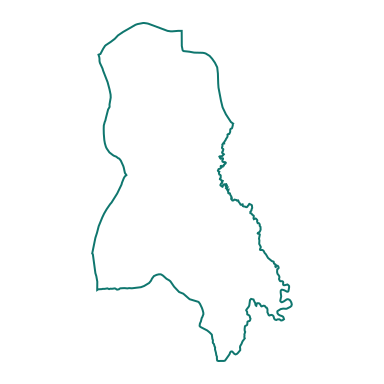 outline of Pathoomphone, Champasak, Laos
{"feature_id": "54806243B32788033784925", "entity_name": "Pathoomphone", "entity_type": "district", "adm_level": 2, "iso_a3": "LAO", "parent_name": "Laos", "parent_adm1": "Champasak", "projection": "robinson", "projection_center": [106.187, 14.724], "detail": "fine", "context": "isolated", "style": "outline", "palette": "teal", "viewbox_px": 384, "rotation_deg": 0, "n_neighbors": 0, "source": "geoboundaries", "source_scale": "gbopen_adm2", "svg_char_len": 6063}
<svg xmlns="http://www.w3.org/2000/svg" viewBox="0 0 384 384"><path d="M98.5,54.7L99.3,57.3L99.5,59.0L99.5,61.0L99.9,62.9L102.5,68.5L103.1,70.6L107.6,82.2L109.5,89.3L110.6,94.7L110.7,97.6L109.5,104.5L109.6,106.9L108.1,109.5L105.9,118.1L105.4,120.4L104.7,122.1L103.8,125.5L103.7,128.8L103.8,133.8L104.3,140.0L104.9,143.4L105.9,146.8L106.7,148.5L109.4,152.4L113.0,155.2L114.0,155.8L116.3,156.7L118.0,158.1L119.2,158.6L120.8,160.6L123.3,166.1L123.8,167.8L124.9,172.9L126.4,175.1L124.8,176.5L123.8,178.2L122.0,182.7L121.5,184.6L117.2,193.5L111.5,202.6L110.1,204.2L106.6,209.3L104.1,213.6L102.3,217.4L98.7,226.2L97.0,232.8L95.4,237.8L92.2,253.5L92.7,254.0L92.9,254.6L95.4,273.2L96.3,276.1L97.3,281.7L97.2,290.0L98.3,289.3L101.8,289.1L102.6,288.9L104.5,288.9L107.4,288.4L109.1,289.1L110.3,288.7L112.0,288.8L114.7,288.4L115.5,288.6L116.7,289.5L117.3,289.6L118.9,289.3L119.7,288.6L120.6,288.3L124.6,288.1L127.3,288.4L129.2,288.1L131.8,288.3L140.9,287.2L144.1,286.0L149.1,283.0L151.0,280.7L152.0,278.6L153.9,276.1L156.5,274.9L158.9,274.3L160.5,274.3L161.4,274.6L163.1,275.7L166.5,278.8L169.0,280.2L170.4,281.3L174.1,286.7L179.1,292.0L183.3,293.7L189.6,299.2L198.2,301.8L198.7,302.1L200.0,303.9L201.9,307.9L202.6,309.9L203.3,312.6L203.4,314.2L202.3,317.1L201.7,318.1L200.9,321.4L199.9,323.6L199.6,325.9L200.3,326.8L201.1,327.3L207.1,330.4L209.6,332.4L211.8,334.6L212.4,338.9L212.9,340.1L212.8,342.5L213.1,343.2L213.9,344.0L214.6,346.6L215.1,347.3L215.0,349.4L215.9,352.6L216.3,355.2L216.9,356.6L216.9,358.8L217.2,360.5L218.2,361.0L224.1,360.9L225.1,360.5L229.5,354.3L230.1,352.6L230.7,351.7L231.9,351.4L232.7,352.0L234.4,353.9L235.6,354.4L236.7,354.0L237.7,353.2L240.2,350.2L240.2,348.7L240.0,347.3L240.2,346.1L241.5,343.9L242.5,341.4L244.8,338.3L244.3,337.1L244.5,335.7L244.4,334.3L245.2,331.9L244.7,330.8L244.6,329.2L244.9,326.6L245.1,326.1L246.9,325.1L247.2,324.7L247.5,321.8L248.1,321.3L249.5,321.0L250.1,320.2L250.5,318.6L250.0,317.6L249.8,316.3L249.2,315.4L247.3,314.4L247.1,311.8L246.2,310.3L246.4,309.7L248.8,306.6L249.3,305.4L250.0,300.1L251.1,298.9L253.5,299.5L254.4,301.7L255.1,302.8L255.5,304.9L255.9,305.6L256.3,305.8L256.7,304.0L257.1,303.3L257.7,303.2L259.0,303.3L259.9,304.0L261.2,306.2L261.6,306.4L263.5,305.7L264.7,305.9L266.1,307.6L266.7,307.7L267.3,308.8L267.5,310.1L267.4,312.2L268.7,315.1L269.3,315.5L271.2,314.9L272.5,315.2L273.5,316.2L274.2,318.7L275.2,319.7L276.3,320.0L277.5,319.4L279.4,319.3L281.1,320.5L282.6,320.2L284.0,319.2L283.4,317.3L283.0,316.7L282.0,316.1L279.7,315.3L278.4,314.5L277.5,313.3L277.3,311.9L277.4,311.3L277.8,310.9L280.7,309.1L283.2,308.6L286.1,308.8L286.9,308.6L290.3,306.9L291.4,305.9L291.8,304.4L291.3,302.4L290.1,300.3L288.7,299.4L287.7,299.2L286.7,299.4L283.8,301.4L282.3,302.1L281.6,302.2L280.9,301.8L280.3,301.0L280.3,300.4L281.2,296.4L280.7,292.7L280.7,291.0L280.9,290.4L281.8,289.7L282.7,289.8L284.4,290.3L286.8,291.6L287.8,291.7L288.3,291.3L288.5,290.7L289.1,287.5L289.1,286.1L288.6,285.4L287.5,284.5L284.6,285.2L283.5,285.1L283.1,284.4L283.2,282.2L282.9,281.6L282.1,281.2L280.4,281.2L279.8,280.8L279.0,279.0L279.4,277.5L279.3,276.4L278.7,275.3L277.5,273.8L277.1,272.1L277.2,269.6L278.6,268.1L278.6,267.3L278.3,266.6L277.7,265.8L276.7,265.6L276.2,266.0L275.8,267.1L275.6,267.0L275.3,266.3L275.6,264.6L274.0,263.5L273.6,261.7L271.7,261.0L268.0,257.9L265.9,254.3L264.6,252.9L263.5,250.7L262.4,250.0L260.4,250.0L260.0,249.7L260.1,248.9L260.7,247.6L260.7,246.7L259.2,243.9L259.4,240.4L259.0,238.7L259.8,234.6L259.7,234.3L258.8,233.8L258.0,233.7L257.7,233.4L257.9,232.9L259.5,232.0L260.2,230.8L260.6,229.6L260.5,226.9L259.7,225.8L259.7,224.4L259.2,223.5L258.6,223.1L257.8,223.2L257.5,222.8L257.1,221.4L257.3,220.4L257.1,219.9L256.1,218.8L255.6,218.5L253.9,219.2L253.5,218.3L253.8,216.4L253.7,215.7L252.3,214.7L251.4,213.5L250.4,213.2L250.3,211.9L251.4,210.5L251.6,209.2L252.2,207.9L251.9,205.4L251.6,205.0L249.4,203.9L249.0,204.2L248.5,205.3L247.7,206.0L247.3,206.8L246.8,207.1L246.0,207.1L245.0,206.6L243.6,206.4L242.9,206.1L242.6,205.4L242.7,204.4L242.3,204.3L241.3,204.8L240.6,204.7L239.5,202.8L238.7,201.9L238.4,200.8L238.0,200.3L237.1,200.7L236.3,200.0L234.4,199.6L233.5,200.4L232.4,200.5L231.2,199.0L231.2,198.6L231.8,198.4L231.9,198.1L231.3,197.4L231.4,196.6L230.4,195.1L229.9,193.4L229.5,193.2L228.6,193.4L228.3,193.1L228.3,192.3L228.0,191.7L228.5,189.7L227.3,190.0L226.7,189.0L227.2,188.0L226.4,188.3L226.0,188.1L226.4,187.1L225.7,186.1L225.7,185.8L226.1,185.7L226.8,186.0L227.0,185.8L226.8,185.2L226.2,184.1L225.6,184.2L224.7,184.7L224.2,184.3L223.3,184.8L223.0,185.2L222.7,186.6L222.4,186.8L220.5,185.4L220.4,185.0L221.1,183.5L222.0,183.0L222.7,180.9L222.3,180.8L221.8,181.3L221.6,180.3L219.9,179.2L220.0,178.6L220.7,177.9L220.7,175.5L220.3,174.9L219.3,174.5L218.9,173.0L219.3,171.7L218.2,171.2L217.9,170.6L218.6,169.1L219.9,168.7L221.4,167.5L221.4,166.9L220.7,166.4L220.8,166.0L221.2,165.9L221.6,166.3L222.2,166.2L222.5,166.6L222.8,166.6L223.2,165.7L223.9,165.5L223.9,164.8L225.5,163.5L225.8,162.8L225.4,162.3L224.7,162.5L224.2,162.0L223.5,162.1L222.6,161.7L222.4,161.3L222.3,160.7L223.0,159.0L223.0,158.5L222.4,158.2L220.7,158.7L220.1,158.1L219.4,156.6L220.1,156.2L221.0,156.4L222.4,155.9L223.9,154.3L223.3,153.6L222.5,153.4L222.1,152.5L222.5,151.3L222.9,151.1L223.3,149.5L223.2,149.0L222.3,148.5L222.0,147.9L222.0,147.4L222.5,145.9L222.3,144.6L223.3,143.2L223.9,143.6L224.2,143.5L224.1,142.6L224.3,141.9L225.6,140.0L226.0,139.0L227.3,137.1L227.6,135.9L227.5,134.6L228.3,134.0L229.1,134.0L229.4,133.7L230.2,131.8L230.2,130.0L230.4,129.2L230.8,128.8L231.8,128.4L232.1,128.0L232.8,125.3L232.8,124.0L233.1,123.6L230.9,122.0L225.9,114.3L222.6,107.4L221.0,100.8L218.5,87.6L218.2,83.4L217.9,73.6L217.2,67.3L214.9,62.7L212.1,58.7L209.6,55.9L205.7,53.5L204.4,53.1L202.8,52.8L194.2,52.6L189.3,51.7L183.7,51.1L183.0,50.7L182.6,50.1L181.8,45.9L181.7,30.9L177.8,30.9L172.8,31.3L170.5,31.3L167.6,30.9L148.3,23.7L147.0,23.4L144.1,23.0L143.1,23.0L137.5,24.1L135.5,24.8L123.0,32.0L118.0,35.4L114.8,38.8L110.6,42.0L105.9,45.1L105.0,45.9L103.2,48.7L100.4,54.0L98.5,54.7Z" fill="none" stroke="#0f766e" stroke-width="2"/></svg>